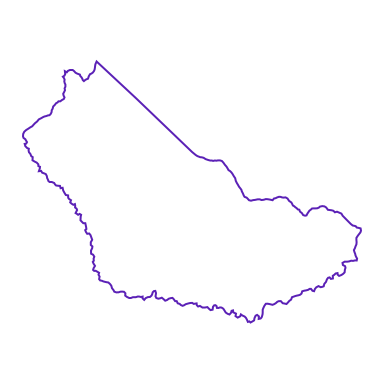 outline of Santa Maria da Vitória, Bahia, Brazil
{"feature_id": "56859067B38295503968792", "entity_name": "Santa Maria da Vitória", "entity_type": "district", "adm_level": 2, "iso_a3": "BRA", "parent_name": "Brazil", "parent_adm1": "Bahia", "projection": "robinson", "projection_center": [-44.363, -13.186], "detail": "fine", "context": "isolated", "style": "outline", "palette": "violet", "viewbox_px": 384, "rotation_deg": 0, "n_neighbors": 0, "source": "geoboundaries", "source_scale": "gbopen_adm2", "svg_char_len": 5600}
<svg xmlns="http://www.w3.org/2000/svg" viewBox="0 0 384 384"><path d="M96.6,61.5L95.4,64.3L95.1,66.1L94.9,67.8L94.6,69.5L94.0,71.0L92.8,72.6L91.4,73.6L90.1,74.1L88.8,76.2L88.0,78.7L86.4,79.3L85.2,80.0L83.9,81.1L82.8,80.1L82.3,78.7L81.5,77.3L80.3,76.0L79.9,74.6L77.2,73.6L75.5,72.7L74.2,71.2L72.7,70.0L69.9,70.0L67.9,70.9L66.8,72.3L64.9,71.2L65.2,74.1L64.4,75.7L62.9,76.7L64.0,78.1L64.6,79.7L64.3,81.3L64.7,83.1L65.4,84.5L65.4,86.7L64.6,88.3L65.0,90.2L64.1,92.1L63.2,93.8L63.6,95.6L64.5,97.4L63.8,99.0L62.0,100.0L60.3,101.3L58.5,101.3L57.5,102.5L56.1,103.2L54.8,104.9L53.2,106.5L52.6,108.8L51.7,110.3L51.6,112.0L50.8,113.8L49.5,115.2L48.0,115.4L46.1,116.1L44.4,116.5L42.9,117.2L41.0,118.3L38.8,119.4L37.1,121.5L35.0,123.2L33.6,124.7L32.2,126.3L30.2,127.4L28.3,128.7L26.2,130.0L24.3,131.7L23.2,133.9L23.0,136.3L23.5,137.9L25.3,139.2L26.1,140.7L27.0,142.1L26.2,143.6L24.7,143.9L25.3,146.1L27.1,148.0L28.8,148.7L28.6,150.7L29.0,152.3L30.3,153.8L31.3,156.2L32.7,157.1L32.5,160.3L34.7,161.6L36.7,162.6L38.3,164.3L38.4,166.1L40.0,166.8L39.8,168.5L38.9,171.2L41.1,170.9L42.2,172.7L44.2,173.4L45.8,174.1L46.8,176.0L47.2,178.2L47.9,179.5L48.4,181.0L49.6,182.0L51.8,182.0L54.2,183.0L55.0,184.4L56.1,185.5L58.4,185.8L60.0,185.9L60.6,188.2L62.6,187.8L63.2,190.5L64.5,192.9L65.8,195.0L68.1,195.4L68.2,197.8L69.1,199.0L71.0,200.2L70.2,202.4L71.5,203.6L73.3,204.8L74.9,204.1L75.2,205.6L75.1,207.5L76.6,208.7L77.1,210.1L76.3,211.6L75.6,213.1L76.8,213.8L78.1,214.8L79.6,213.9L81.1,214.8L80.7,216.5L80.6,218.1L80.5,220.3L81.9,221.8L83.3,223.2L85.3,223.2L85.8,225.5L86.1,227.0L86.4,229.0L85.2,230.1L85.9,231.9L87.2,233.8L89.2,233.5L90.5,235.1L91.3,237.3L92.2,239.8L90.8,242.2L90.8,245.0L92.4,246.4L92.2,248.1L91.0,250.6L91.1,253.7L93.1,254.7L94.3,256.7L93.6,258.6L93.8,260.7L92.8,261.9L93.6,263.7L95.0,265.9L93.6,268.2L93.1,269.9L94.2,270.9L95.7,270.8L97.6,271.9L99.1,272.8L98.5,274.7L99.6,276.6L99.1,279.1L100.1,280.4L102.0,280.8L103.3,281.4L104.8,281.8L106.5,282.2L108.4,282.5L110.1,284.1L111.3,285.7L112.0,288.2L113.5,290.1L114.3,291.7L116.4,292.4L118.6,292.3L120.4,291.7L122.1,291.6L124.0,291.8L125.4,293.3L125.2,295.6L126.9,296.9L129.2,298.0L130.9,298.0L132.9,297.2L135.8,297.2L137.9,296.5L139.4,296.6L140.9,297.0L142.6,296.6L142.6,298.4L144.2,299.9L145.7,298.1L147.9,297.1L149.9,297.0L151.5,295.6L152.2,294.2L152.7,292.3L153.9,291.1L155.3,290.9L156.0,293.1L155.8,294.7L155.5,296.3L156.3,298.0L158.3,298.7L160.2,298.3L161.8,297.7L163.4,299.0L165.2,300.7L167.1,300.0L168.8,298.7L170.9,298.1L172.5,297.9L173.9,299.4L175.1,301.1L176.7,301.1L177.7,303.3L179.7,303.9L180.8,305.0L182.6,305.8L184.0,305.3L185.7,304.2L188.5,303.4L190.2,303.0L192.2,302.9L193.7,303.9L196.6,303.4L196.8,305.2L198.1,306.5L199.9,305.9L202.4,307.5L205.1,307.5L207.4,307.1L208.8,308.6L210.5,310.1L212.6,309.7L213.0,306.8L214.2,305.3L215.5,305.2L216.6,306.2L216.9,307.9L218.4,308.0L220.0,307.4L221.6,307.6L223.3,308.7L224.3,310.2L225.7,312.5L227.6,313.8L229.5,314.5L231.0,312.8L231.6,310.8L233.0,310.4L233.2,312.3L236.0,313.6L235.5,316.1L237.7,317.6L240.2,316.3L240.9,314.4L242.4,315.5L244.6,316.5L245.9,317.8L246.9,319.6L247.9,321.9L249.4,321.4L250.5,322.5L252.5,321.4L254.1,320.4L254.5,318.1L255.6,315.7L257.1,314.9L258.9,316.4L258.7,318.9L260.6,318.5L261.6,317.4L262.2,315.7L262.6,314.0L262.7,312.3L262.7,309.7L263.4,307.9L264.4,305.8L265.8,303.8L267.6,303.7L270.1,304.2L272.5,304.8L274.3,304.1L276.0,303.0L277.3,301.8L278.6,301.2L280.8,301.1L282.7,303.2L284.3,303.5L286.5,304.0L288.1,302.3L289.3,300.9L291.1,299.6L292.0,297.2L293.7,296.6L295.4,296.0L296.9,295.6L298.8,295.2L300.2,294.7L301.5,293.6L302.2,291.3L304.2,290.7L306.0,290.4L308.0,289.9L309.6,288.9L311.0,288.9L312.5,290.8L314.1,291.2L314.9,289.0L316.3,287.3L318.5,286.1L320.7,287.2L322.1,286.9L323.7,286.3L324.3,283.9L326.0,281.9L326.9,279.4L328.1,277.8L329.6,277.4L330.9,278.9L332.9,278.5L332.8,275.8L334.3,274.8L335.6,273.5L337.5,273.1L337.7,274.7L339.1,275.9L341.4,275.0L343.2,273.8L344.6,272.4L344.9,269.6L345.5,267.8L345.1,266.2L342.9,265.0L342.5,262.9L344.6,261.7L347.0,261.7L349.1,261.4L351.2,260.7L353.0,260.9L355.1,260.4L356.7,260.5L357.1,258.6L356.1,256.8L355.5,255.4L355.2,253.9L354.5,252.2L353.9,250.1L354.9,248.2L355.5,246.4L356.4,244.4L356.6,242.2L356.4,240.0L356.4,237.9L357.9,235.6L359.3,233.8L360.4,232.4L361.0,230.7L360.6,228.4L359.1,228.0L356.7,227.5L355.7,226.2L354.2,225.8L352.7,225.5L350.8,224.0L349.6,222.8L342.7,215.8L341.4,213.6L338.9,212.5L337.0,211.7L334.9,212.3L333.4,210.8L331.7,210.3L330.2,210.1L327.9,209.8L326.2,207.5L324.5,206.4L322.3,206.1L320.0,206.6L318.9,207.6L317.2,208.3L315.2,208.4L313.5,208.4L312.0,208.5L311.0,209.5L309.4,210.7L307.4,213.6L306.5,215.4L305.1,215.7L303.2,215.1L301.9,213.1L300.0,211.6L299.3,209.7L297.8,209.4L296.6,208.1L295.4,207.3L294.2,206.2L292.9,205.5L292.2,204.0L291.4,202.5L289.1,200.9L287.5,198.5L285.6,197.4L283.4,197.6L282.0,197.4L280.7,196.9L279.0,196.8L277.2,197.4L275.6,198.2L274.0,198.5L272.6,200.2L270.0,199.6L267.6,199.2L265.8,199.1L264.3,199.6L262.9,199.9L261.4,200.0L259.7,199.3L257.9,199.3L256.4,199.6L255.0,199.9L253.2,200.1L251.0,200.7L249.0,200.2L247.7,198.7L246.6,197.6L244.6,196.9L243.8,195.6L242.9,193.4L241.8,191.3L241.4,189.8L240.2,188.2L239.0,186.7L237.9,184.7L236.9,183.1L235.8,180.9L235.2,178.2L233.9,176.3L232.5,173.9L231.4,172.4L230.1,171.1L228.5,170.1L227.7,168.6L226.5,166.6L224.9,164.8L223.5,162.8L221.9,161.0L220.0,160.4L217.9,160.4L216.4,160.7L214.9,160.5L213.1,160.9L211.8,160.5L210.1,160.5L208.2,160.0L205.6,159.1L203.6,157.8L201.7,157.3L200.2,157.2L199.0,156.7L197.4,156.1L195.7,155.0L192.2,152.1L185.2,145.4L136.3,98.5L96.6,61.5Z" fill="none" stroke="#5b21b6" stroke-width="2"/></svg>